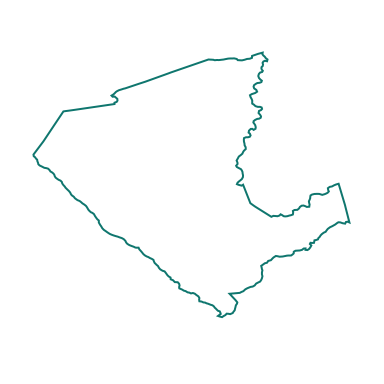 outline of Queimadas, Bahia, Brazil, rotated 81°
{"feature_id": "56859067B17136917301382", "entity_name": "Queimadas", "entity_type": "district", "adm_level": 2, "iso_a3": "BRA", "parent_name": "Brazil", "parent_adm1": "Bahia", "projection": "equal_earth", "projection_center": [-39.706, -11.046], "detail": "fine", "context": "isolated", "style": "outline", "palette": "teal", "viewbox_px": 384, "rotation_deg": 81, "n_neighbors": 0, "source": "geoboundaries", "source_scale": "gbopen_adm2", "svg_char_len": 5343}
<svg xmlns="http://www.w3.org/2000/svg" viewBox="0 0 384 384"><g transform="rotate(81 192 192)"><path d="M206.8,45.9L207.1,48.5L207.6,50.6L208.4,52.8L208.5,55.2L209.5,57.2L211.2,57.2L212.9,56.8L214.0,58.2L214.5,59.7L214.9,61.3L215.2,63.8L213.8,66.6L213.4,68.8L213.1,71.4L213.3,73.9L214.0,75.5L215.5,76.0L216.8,76.3L218.3,77.2L219.5,78.0L221.2,78.0L222.7,77.8L224.9,78.5L224.7,80.9L223.6,82.5L222.8,84.0L222.7,85.9L223.6,87.7L225.0,88.9L226.1,90.7L225.8,93.6L226.5,95.3L228.2,95.3L230.0,95.9L230.4,97.9L230.5,99.6L230.8,101.6L230.7,103.8L230.2,105.3L229.0,106.5L227.9,108.0L228.9,109.2L229.3,111.3L228.8,113.3L228.3,115.4L228.9,117.5L216.6,131.6L214.9,133.4L212.2,136.1L192.8,140.4L193.5,141.9L192.8,143.5L192.2,144.9L191.3,146.4L189.9,145.5L189.0,144.1L188.2,142.7L187.1,140.8L185.3,139.4L183.6,139.0L181.6,139.1L180.1,139.0L178.5,139.4L177.1,140.1L175.5,142.3L174.3,143.8L173.0,144.3L171.4,142.6L170.0,142.5L167.9,143.0L165.9,141.4L164.3,140.2L163.2,138.1L162.0,136.2L160.8,135.5L159.4,134.3L158.0,132.2L156.1,132.0L154.2,132.7L152.3,132.6L150.3,132.8L148.4,132.6L146.9,132.2L146.4,130.2L146.7,128.1L146.5,126.3L145.3,125.3L143.4,125.7L142.2,126.8L140.3,126.1L138.9,124.1L139.1,122.5L140.3,121.4L139.5,119.4L138.0,118.9L135.9,119.1L134.3,119.8L133.0,120.5L131.6,120.0L130.7,118.4L130.0,116.1L130.1,114.3L129.4,112.5L128.1,112.0L126.5,112.6L124.4,113.9L122.4,113.1L121.9,111.0L120.9,109.8L119.4,110.0L118.6,111.4L118.2,113.7L117.1,115.9L115.4,117.2L114.1,118.7L112.8,118.5L111.1,118.2L109.3,118.6L107.5,119.3L105.5,119.6L104.7,117.8L104.4,116.0L104.1,114.1L103.1,112.0L101.2,112.5L99.4,114.4L97.6,114.7L96.2,114.0L95.1,111.9L94.6,110.4L94.7,108.1L94.3,106.3L93.0,105.6L91.6,106.9L89.9,108.0L87.8,108.4L85.9,107.5L84.7,106.1L84.4,103.9L83.4,103.1L82.1,103.9L80.8,104.1L79.6,103.8L78.7,102.5L77.2,101.9L75.5,102.1L74.3,101.1L73.8,99.5L74.6,97.4L72.9,96.7L71.5,98.1L69.7,99.0L68.3,100.2L67.0,100.9L65.4,100.4L65.9,105.1L67.0,111.4L68.9,111.8L69.4,114.1L69.2,116.8L69.6,119.3L69.8,122.0L69.4,124.0L68.9,126.2L67.6,127.0L66.6,129.5L66.4,131.5L66.1,133.2L65.9,135.5L66.0,138.1L66.1,140.2L66.0,142.6L65.9,144.8L65.5,146.8L65.4,148.9L64.7,150.4L64.2,152.8L63.7,155.0L70.6,194.0L71.2,196.9L75.8,221.1L76.3,224.3L76.8,227.5L79.2,241.8L79.3,243.4L79.7,245.8L80.0,248.1L80.7,250.3L81.4,251.7L82.3,252.8L83.3,254.3L84.2,256.4L85.5,255.5L85.6,253.5L87.2,252.1L88.3,251.2L90.1,251.3L91.2,252.3L91.7,254.6L93.0,254.8L92.5,295.4L92.4,301.3L92.3,304.2L92.3,306.4L104.6,317.8L118.7,330.8L130.2,342.7L131.9,342.7L133.2,341.5L134.7,340.8L135.8,339.9L137.4,339.9L139.1,339.5L140.6,339.4L142.0,338.3L143.3,336.4L145.0,334.1L145.7,332.0L146.5,330.4L148.2,329.2L149.6,328.6L150.7,327.2L152.2,325.9L153.5,325.3L154.9,325.1L156.4,324.5L158.0,323.0L159.1,321.8L160.2,320.1L161.7,319.0L163.3,318.8L165.1,317.9L166.7,316.8L167.9,316.3L169.0,315.5L170.1,314.7L171.8,313.4L173.5,312.4L175.0,312.0L176.4,311.3L178.2,309.5L179.9,308.6L182.1,306.4L183.3,304.4L184.8,303.0L186.1,302.0L187.3,300.6L189.1,298.9L190.9,298.0L192.1,297.6L193.7,296.9L195.1,295.9L196.2,295.0L197.0,293.7L198.5,292.3L200.5,291.6L202.2,290.8L204.1,289.8L205.6,288.5L207.6,288.8L210.0,287.9L211.8,287.0L213.7,286.3L215.6,285.0L217.0,283.5L218.5,282.0L219.5,280.9L220.5,279.8L221.6,278.1L222.6,276.3L223.6,274.3L224.5,272.3L225.5,270.6L226.5,268.6L227.9,266.8L229.9,265.4L231.4,265.0L232.7,264.3L234.1,262.9L235.0,261.6L236.0,259.9L236.9,258.2L238.0,256.7L238.4,255.2L238.6,253.5L240.4,253.0L241.9,252.0L243.5,251.0L245.8,249.7L247.4,248.3L248.6,246.8L249.5,245.2L250.5,244.1L251.8,242.1L253.0,240.7L254.5,240.5L256.2,240.0L257.4,239.1L258.5,238.3L259.9,237.1L261.6,236.6L263.4,235.5L265.2,233.4L266.1,231.5L267.5,230.7L269.1,229.9L270.5,229.2L271.9,228.1L273.1,226.6L274.9,226.7L276.2,224.5L278.3,223.1L278.9,220.2L280.6,219.1L282.3,218.9L283.9,219.6L285.2,219.6L286.9,216.9L288.1,215.6L288.9,213.8L290.4,212.1L291.0,210.3L292.0,208.9L291.9,206.9L292.9,205.1L294.3,203.9L296.1,202.0L297.9,201.3L299.4,201.8L301.1,201.8L301.7,199.7L302.8,198.1L303.3,196.3L304.2,195.1L304.8,193.7L306.3,191.2L307.1,189.5L308.5,188.2L309.7,187.7L310.9,186.7L312.1,185.9L313.4,184.9L314.2,183.3L315.5,182.9L316.9,182.7L318.5,185.7L319.4,184.0L320.3,181.9L319.5,180.3L318.8,178.3L317.6,176.8L318.0,175.0L318.6,173.4L317.9,170.7L316.7,169.7L315.6,168.4L314.1,167.8L312.8,167.2L310.8,166.4L309.3,165.0L308.1,164.5L306.9,165.2L305.8,165.8L298.4,170.8L299.1,160.6L298.5,158.9L298.0,156.8L296.5,154.6L295.7,152.4L295.3,150.7L294.9,149.0L294.9,146.8L294.1,144.7L292.5,143.0L291.9,141.3L291.1,138.7L289.6,137.3L288.1,136.4L286.2,135.6L284.3,135.8L282.4,135.5L280.3,134.7L279.0,135.0L277.7,135.0L275.8,135.2L274.8,133.2L273.8,131.3L273.6,129.0L272.0,127.5L271.7,124.7L270.4,123.1L269.4,121.7L268.3,119.2L268.9,117.3L269.6,115.7L269.9,112.5L269.8,109.9L269.7,107.9L270.0,105.6L270.2,104.0L269.4,102.4L268.6,101.2L266.9,100.8L266.2,99.0L266.4,96.8L266.6,94.9L266.4,92.5L265.3,90.5L265.5,88.7L266.9,89.0L267.4,87.1L266.6,85.3L265.2,83.8L263.5,82.5L261.8,83.7L260.7,82.9L261.1,81.4L261.3,79.5L260.1,79.0L258.9,78.6L258.8,76.8L258.5,75.0L257.3,74.4L256.3,72.9L255.1,71.9L254.0,70.5L252.8,68.3L252.2,66.2L251.2,65.3L249.7,63.7L248.4,61.2L247.7,58.8L246.5,55.6L245.4,53.6L244.8,52.2L245.2,50.3L246.4,48.1L247.2,45.7L245.7,44.6L245.7,42.9L246.7,41.3L230.6,42.8L229.1,42.9L206.8,45.9Z" fill="none" stroke="#0f766e" stroke-width="2"/></g></svg>